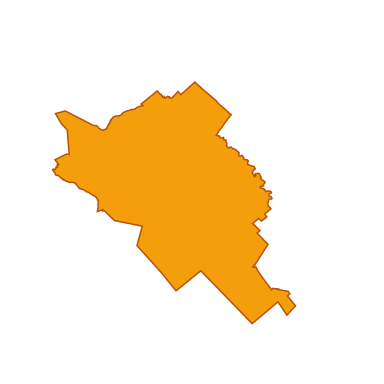 the district of Tepezalá, Aguascalientes, Mexico, rotated 133°
{"feature_id": "50627088B35314322738338", "entity_name": "Tepezalá", "entity_type": "district", "adm_level": 2, "iso_a3": "MEX", "parent_name": "Mexico", "parent_adm1": "Aguascalientes", "projection": "natural_earth1", "projection_center": [-102.215, 22.244], "detail": "fine", "context": "isolated", "style": "filled", "palette": "amber", "viewbox_px": 384, "rotation_deg": 133, "n_neighbors": 0, "source": "geoboundaries", "source_scale": "gbopen_adm2", "svg_char_len": 5630}
<svg xmlns="http://www.w3.org/2000/svg" viewBox="0 0 384 384"><g transform="rotate(133 192 192)"><path d="M128.0,270.7L129.5,270.7L134.7,270.8L137.1,270.8L137.3,270.8L137.7,271.6L138.2,272.1L138.4,272.8L137.7,273.5L137.9,273.8L138.3,274.2L138.7,274.8L138.8,275.2L141.7,275.6L141.6,276.0L141.4,276.6L141.1,277.5L141.4,277.5L141.9,277.4L142.3,277.3L142.6,277.5L142.5,279.4L141.9,279.5L141.7,281.4L142.3,281.6L142.2,283.4L142.1,284.0L141.9,284.8L141.8,286.4L142.4,286.4L143.0,286.5L162.4,289.2L162.4,286.8L163.3,287.7L163.8,288.0L165.7,288.7L166.8,289.6L167.8,289.9L170.2,290.3L171.0,290.8L172.7,292.1L172.7,292.4L172.9,292.4L175.3,293.8L177.5,295.0L178.6,295.8L179.6,295.8L179.8,295.8L180.9,296.5L181.8,296.6L182.7,296.5L183.8,296.5L185.2,296.8L186.0,297.2L187.3,298.6L187.9,299.1L188.3,299.4L189.5,300.1L191.2,300.7L193.2,300.6L194.0,300.5L194.5,300.6L194.8,300.4L195.1,300.4L195.4,300.3L195.6,300.2L195.8,300.1L196.1,300.1L196.3,300.0L196.2,299.9L196.3,299.9L196.6,299.9L196.8,299.6L196.9,299.4L197.0,299.4L197.5,299.3L197.8,299.2L198.0,299.2L198.5,299.1L198.8,299.2L199.1,299.3L199.3,299.3L199.5,299.2L199.9,299.0L200.0,298.9L200.4,298.9L200.5,298.9L200.9,298.8L201.1,298.7L201.4,298.6L201.5,298.6L201.8,298.5L202.2,298.3L202.3,298.1L202.6,298.1L202.8,298.1L202.9,297.9L203.0,297.8L203.6,297.8L203.8,297.8L204.1,297.7L204.3,297.7L204.5,297.8L204.9,298.0L205.2,298.2L205.6,298.4L205.8,298.5L206.2,298.8L206.4,298.8L206.9,298.9L207.7,299.0L208.0,300.0L208.2,301.0L209.0,304.2L208.3,305.8L208.8,307.5L210.6,309.4L210.8,310.1L211.6,313.1L219.2,340.0L227.8,345.4L231.2,333.7L231.7,325.6L248.3,307.4L250.0,309.8L261.9,314.2L262.4,311.1L263.0,308.6L263.8,309.1L263.8,308.1L265.8,308.4L265.5,307.8L265.6,307.5L266.2,308.2L266.6,308.4L267.7,307.6L268.9,307.3L269.3,308.3L269.5,308.7L269.9,309.2L271.1,308.8L271.3,306.2L271.3,305.2L271.6,305.0L272.2,304.1L272.5,303.8L272.6,303.6L271.3,301.0L271.2,300.9L271.1,300.7L270.9,294.7L270.4,294.7L270.4,294.9L270.3,295.3L270.3,293.7L270.6,293.7L269.4,290.2L268.4,288.0L268.2,287.5L267.8,287.5L266.6,286.2L265.1,283.4L265.5,281.9L265.7,279.8L265.7,279.7L266.2,277.2L266.2,276.5L264.4,273.2L264.2,272.8L264.2,272.4L264.0,271.5L263.9,270.7L263.9,270.0L264.0,269.3L263.6,269.0L263.2,268.5L262.8,267.2L262.6,265.8L262.3,264.7L262.2,263.7L262.2,263.4L261.9,262.9L261.9,261.6L261.2,260.4L261.2,259.7L261.3,259.4L261.3,258.2L261.7,256.5L261.8,255.9L262.3,255.6L262.4,254.6L263.3,253.6L265.1,252.4L266.7,250.6L270.9,247.9L266.9,245.6L265.6,245.2L265.8,245.0L266.0,244.9L266.4,244.6L266.5,244.5L266.7,244.4L266.8,244.3L266.8,244.2L266.5,244.1L266.1,244.1L265.7,244.0L265.5,243.9L265.8,229.2L250.9,205.1L268.7,195.7L272.0,158.5L275.2,136.3L243.6,131.8L247.3,58.3L238.8,57.2L234.6,56.7L213.7,54.2L217.4,38.6L204.7,38.6L204.2,42.0L202.9,51.3L199.7,51.0L199.1,53.9L204.8,62.8L204.1,62.8L207.2,66.8L207.3,67.2L208.4,67.1L209.3,67.2L209.1,68.4L208.7,69.9L206.7,81.2L205.2,88.3L203.2,94.6L205.0,95.5L205.4,96.4L203.0,96.8L202.6,96.3L178.5,100.7L177.6,116.5L175.8,116.1L174.0,115.8L173.6,122.6L173.5,126.3L165.8,125.1L165.9,121.4L164.3,121.1L162.6,120.8L159.2,120.3L158.7,123.9L157.2,123.6L153.5,123.2L150.7,122.8L150.2,123.0L150.1,125.2L150.2,126.2L149.2,128.5L147.1,129.5L146.2,130.3L144.6,130.5L144.2,130.3L143.1,129.3L142.9,129.1L142.3,129.0L142.1,129.3L141.6,130.1L141.5,131.0L142.0,131.9L142.3,132.7L142.2,133.3L141.6,134.1L141.2,134.3L140.8,134.2L140.1,134.1L139.5,133.9L138.4,133.3L137.9,134.3L138.0,135.2L138.1,135.5L139.0,136.6L139.4,137.0L140.3,137.6L141.4,138.4L141.0,139.2L140.7,140.0L140.7,141.6L141.2,141.6L141.1,143.0L142.1,144.2L142.1,145.3L141.2,145.7L139.0,144.0L138.6,144.0L137.9,144.8L136.5,144.8L134.9,145.3L134.8,145.6L135.0,147.5L135.7,150.7L135.4,151.1L134.2,151.2L132.7,155.0L132.7,155.7L134.9,157.9L136.1,158.1L136.6,156.4L138.3,156.8L137.6,157.9L137.4,159.0L137.1,160.5L137.0,160.8L136.8,160.9L136.6,161.1L135.6,161.3L134.2,161.9L134.1,162.0L133.0,161.6L132.1,161.5L131.8,161.7L131.6,161.8L131.5,162.2L131.6,163.1L131.6,163.3L131.1,163.8L131.1,164.2L131.3,164.6L131.6,165.0L132.0,165.9L132.8,167.4L133.8,169.6L133.9,170.3L133.6,170.6L133.0,170.7L132.2,171.6L131.0,171.9L130.7,172.4L130.8,172.7L130.8,173.2L131.0,173.8L131.6,174.6L132.1,175.2L132.4,175.6L132.5,176.0L132.5,176.5L132.3,176.9L131.8,177.2L131.7,177.4L131.6,177.8L131.5,178.2L131.5,178.5L131.5,178.8L131.4,178.9L131.1,179.4L131.0,179.6L131.0,179.8L130.9,180.0L131.0,180.2L131.1,180.5L131.3,180.5L131.9,180.7L132.0,180.7L132.4,180.7L132.8,181.0L133.0,181.3L133.3,181.7L133.5,181.9L133.6,182.1L133.4,182.7L133.3,182.9L132.6,183.4L132.0,183.8L131.4,184.1L131.2,184.3L131.1,184.8L131.2,185.1L131.1,185.7L131.1,186.0L131.2,186.4L131.4,187.1L131.4,187.5L131.2,188.0L131.1,188.3L131.5,189.1L131.6,189.3L131.6,189.7L131.8,190.6L131.9,190.9L132.4,191.7L132.5,191.8L132.4,193.2L132.4,194.0L132.5,194.2L132.9,194.4L133.5,194.6L133.9,194.8L134.9,195.9L135.0,196.2L134.9,196.5L134.9,197.5L134.7,198.0L134.2,198.6L132.5,200.0L132.5,200.5L132.3,201.1L131.8,201.7L130.8,202.6L131.4,203.5L132.1,204.7L132.0,205.1L131.7,205.4L131.0,205.6L130.6,206.1L130.8,206.5L131.5,206.5L132.2,206.9L132.3,207.0L132.9,208.0L133.0,208.5L132.9,209.5L132.3,209.7L133.1,211.4L134.1,212.8L129.1,213.9L127.5,214.0L124.1,214.3L121.0,214.8L118.1,215.2L113.4,215.7L109.9,216.0L108.8,215.9L108.9,218.6L109.1,219.2L109.3,219.5L108.8,220.4L108.9,222.7L108.9,224.1L109.0,227.7L109.3,231.2L109.2,231.4L109.2,233.7L109.0,234.9L108.8,236.3L108.8,236.9L108.8,238.1L109.0,241.8L109.5,253.4L109.7,262.9L109.6,264.9L116.9,265.5L120.4,265.8L123.9,266.1L125.5,266.3L126.8,266.4L128.4,266.5L128.2,268.8L128.0,270.7Z" fill="#f59e0b" stroke="#b45309" stroke-width="1.5"/></g></svg>